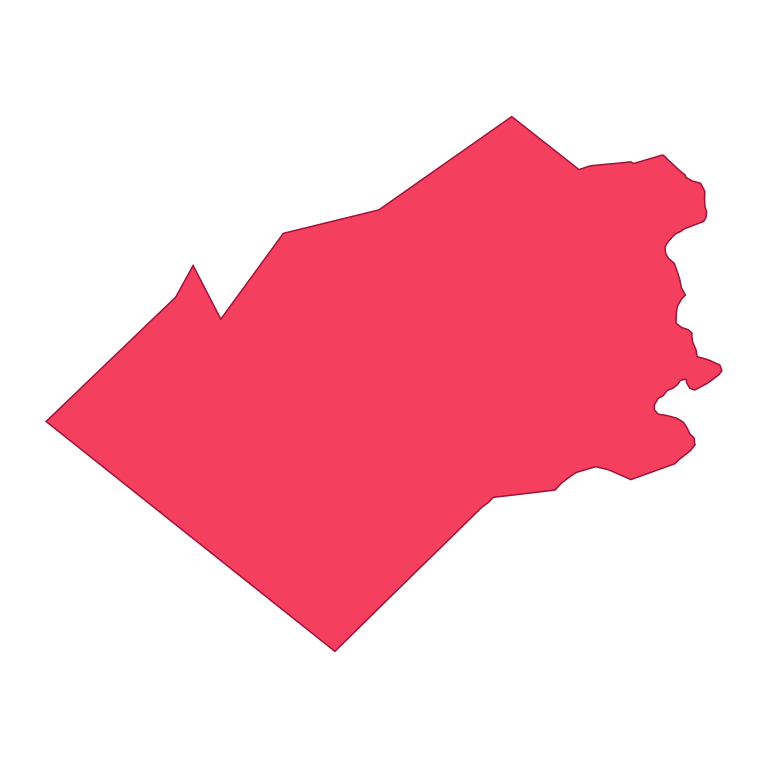 the district of San Miguel Yotao, Oaxaca, Mexico
{"feature_id": "50627088B59382094146317", "entity_name": "San Miguel Yotao", "entity_type": "district", "adm_level": 2, "iso_a3": "MEX", "parent_name": "Mexico", "parent_adm1": "Oaxaca", "projection": "albers", "projection_center": [-96.324, 17.347], "detail": "fine", "context": "isolated", "style": "filled", "palette": "rose", "viewbox_px": 768, "rotation_deg": 0, "n_neighbors": 0, "source": "geoboundaries", "source_scale": "gbopen_adm2", "svg_char_len": 1402}
<svg xmlns="http://www.w3.org/2000/svg" viewBox="0 0 768 768"><path d="M662.6,155.0L633.6,163.5L630.7,161.8L618.8,163.1L592.9,165.5L589.0,166.2L579.0,169.6L511.7,116.6L378.8,209.9L283.4,233.3L220.8,319.1L193.1,265.5L175.7,297.1L46.1,421.5L47.0,422.2L334.9,651.4L384.4,602.7L482.1,507.0L488.2,502.6L493.2,497.4L555.2,490.0L561.3,483.2L570.6,476.2L576.4,472.4L595.6,466.7L596.5,466.9L608.3,469.7L620.5,475.0L630.8,479.6L675.0,463.7L678.9,459.7L690.2,450.9L695.1,444.7L694.7,444.5L694.2,438.2L689.8,433.7L686.8,427.5L683.3,422.2L676.8,418.2L666.9,415.5L658.3,414.2L654.4,410.0L654.3,405.1L658.1,398.4L662.9,395.9L667.2,390.5L673.0,388.2L677.2,384.8L679.5,381.8L679.9,381.1L680.2,380.5L684.2,379.4L686.2,379.3L686.6,382.7L689.9,388.4L694.8,390.0L707.0,383.5L711.9,380.1L719.2,374.4L721.9,370.7L719.8,364.9L714.3,362.5L710.5,360.7L704.1,358.5L697.2,356.7L696.1,350.1L692.7,342.1L691.8,336.2L692.0,333.2L688.1,329.6L681.8,327.6L676.0,323.1L676.4,312.5L677.4,306.3L681.5,299.1L685.4,295.1L681.4,287.7L679.7,279.2L677.2,271.4L674.3,263.4L668.5,258.4L665.7,253.5L665.0,247.4L666.8,243.5L671.8,237.4L675.6,233.8L680.7,231.4L684.7,228.7L703.7,221.4L705.9,217.7L706.0,217.6L706.7,211.8L704.9,206.3L704.6,198.9L704.8,191.8L704.8,191.4L700.6,183.3L692.2,180.9L685.8,177.3L685.3,175.2L681.9,172.4L677.8,169.0L671.9,163.3L667.2,159.1L664.9,156.5L662.6,155.0Z" fill="#f43f5e" stroke="#9f1239" stroke-width="1.5"/></svg>